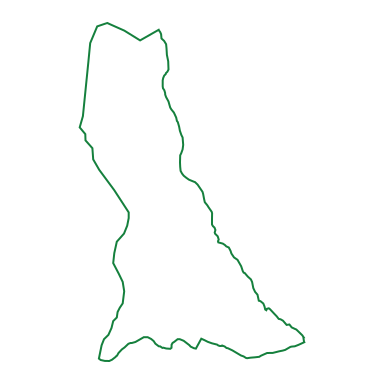 Mayo-Danay, Extrême-Nord, Cameroon
{"feature_id": "32672807B23743986432811", "entity_name": "Mayo-Danay", "entity_type": "district", "adm_level": 2, "iso_a3": "CMR", "parent_name": "Cameroon", "parent_adm1": "Extrême-Nord", "projection": "equal_earth", "projection_center": [15.187, 10.47], "detail": "fine", "context": "isolated", "style": "outline", "palette": "green", "viewbox_px": 384, "rotation_deg": 0, "n_neighbors": 0, "source": "geoboundaries", "source_scale": "gbopen_adm2", "svg_char_len": 2760}
<svg xmlns="http://www.w3.org/2000/svg" viewBox="0 0 384 384"><path d="M79.7,127.4L85.3,134.1L85.5,140.4L92.4,148.2L93.2,159.4L99.2,169.8L109.1,183.2L114.2,190.1L128.7,212.4L128.7,215.3L128.7,218.1L127.2,225.7L124.0,233.6L116.8,241.7L114.3,253.1L113.2,263.1L118.8,273.8L122.7,281.9L124.2,291.3L122.7,303.4L119.8,307.7L117.6,312.0L116.8,317.5L113.2,321.1L111.5,328.0L108.4,334.9L104.0,339.2L101.6,345.3L98.9,358.6L100.7,360.0L104.7,360.9L109.3,361.0L110.3,360.5L111.9,359.8L115.4,357.1L116.4,356.0L117.0,355.7L118.5,353.0L121.9,349.4L124.6,347.4L128.4,343.8L130.5,343.0L131.8,343.0L135.4,342.0L143.1,337.6L143.7,337.2L145.6,337.2L147.0,337.2L147.7,337.2L148.5,337.6L151.2,339.0L153.7,341.1L155.4,343.7L158.8,346.3L160.2,346.4L162.4,347.9L163.4,347.7L166.2,348.5L170.3,348.8L171.5,347.8L171.6,344.7L172.6,342.9L174.2,341.9L177.6,339.2L179.8,339.2L183.7,340.8L189.4,345.2L190.6,346.6L193.9,348.2L195.9,348.6L201.3,338.7L204.8,340.3L207.7,341.8L211.9,343.3L217.1,344.6L218.3,345.5L219.9,346.0L222.6,345.9L222.6,345.7L224.7,346.5L226.5,348.0L227.8,348.2L232.4,350.4L241.0,355.5L243.6,356.4L245.9,357.9L247.1,358.2L250.3,357.7L255.0,357.3L259.3,356.8L260.6,355.9L262.1,355.2L267.1,353.0L272.8,352.9L279.2,351.3L282.7,350.6L285.2,349.9L290.4,346.9L291.6,346.6L294.8,346.3L298.4,344.9L302.8,342.9L304.3,342.2L304.0,341.6L303.4,337.6L303.3,337.1L303.5,337.1L302.3,335.3L296.3,329.5L295.1,329.0L291.7,327.4L289.4,324.5L286.6,324.9L283.0,320.7L280.6,319.3L278.7,318.9L276.7,316.3L274.4,313.9L269.9,309.1L268.8,308.3L266.9,308.8L266.3,310.2L265.2,309.5L264.5,306.5L263.3,303.5L260.5,301.2L258.8,300.7L257.5,294.7L255.1,291.9L253.3,288.1L252.1,282.0L250.9,279.4L247.8,276.6L244.7,273.0L243.7,272.7L242.8,271.2L241.2,266.3L237.5,259.8L234.0,257.4L231.4,253.5L230.6,251.0L229.9,249.6L228.8,247.5L226.3,246.4L224.9,245.0L222.8,243.6L218.3,242.4L218.0,241.2L218.7,239.5L217.7,236.3L215.1,233.7L214.7,232.5L215.4,230.0L214.5,227.6L212.9,226.1L212.0,224.5L212.0,218.9L212.1,213.3L211.7,211.8L208.5,207.2L207.4,205.4L204.8,202.2L204.1,199.1L203.1,193.8L202.5,191.8L197.6,184.6L195.0,182.1L193.6,181.6L189.0,179.7L186.3,177.8L183.7,175.7L182.0,173.5L180.6,170.9L180.2,166.9L180.0,162.4L180.2,155.3L181.2,153.3L182.6,149.4L183.2,144.9L182.6,137.5L181.4,135.1L179.9,130.8L179.1,126.6L177.8,122.1L176.9,120.9L176.2,117.6L173.9,112.6L171.4,109.5L170.2,107.5L168.5,101.5L166.1,97.1L165.2,94.6L165.1,92.9L164.3,90.2L163.0,88.3L162.7,86.4L162.7,80.3L163.2,78.0L164.2,75.6L165.7,74.1L165.9,73.2L167.4,71.7L168.5,69.5L168.2,61.3L166.9,54.9L166.5,48.2L166.1,44.2L164.1,40.9L161.5,38.5L161.1,34.2L160.3,32.3L159.7,31.4L159.3,30.9L158.9,30.3L158.7,29.8L140.1,40.4L124.3,30.6L107.2,23.0L97.2,26.4L90.2,43.1L88.3,62.6L82.9,116.2L79.7,127.4Z" fill="none" stroke="#15803d" stroke-width="2"/></svg>